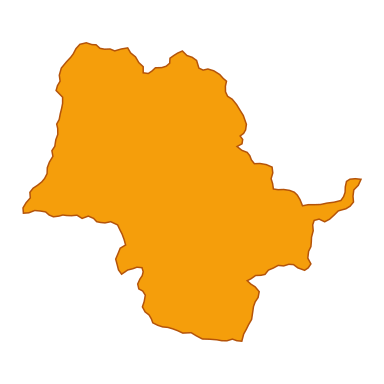 Miradouro, Minas Gerais, Brazil (Mercator projection)
{"feature_id": "56859067B1408644769677", "entity_name": "Miradouro", "entity_type": "district", "adm_level": 2, "iso_a3": "BRA", "parent_name": "Brazil", "parent_adm1": "Minas Gerais", "projection": "mercator", "projection_center": [-42.39, -20.852], "detail": "fine", "context": "isolated", "style": "filled", "palette": "amber", "viewbox_px": 384, "rotation_deg": 0, "n_neighbors": 0, "source": "geoboundaries", "source_scale": "gbopen_adm2", "svg_char_len": 2726}
<svg xmlns="http://www.w3.org/2000/svg" viewBox="0 0 384 384"><path d="M66.5,61.8L61.3,68.1L59.3,75.2L60.1,81.2L57.5,85.6L56.1,90.5L59.8,94.3L62.6,97.2L62.6,103.4L61.7,108.1L60.3,113.7L59.2,119.5L56.7,124.1L57.7,128.5L57.8,134.4L55.8,139.8L54.8,146.3L51.9,150.7L52.9,156.3L49.4,162.1L47.3,167.7L47.1,173.6L44.6,178.5L41.8,181.9L37.5,185.3L33.1,188.2L29.9,192.3L30.3,197.9L26.1,202.7L23.0,207.9L23.4,213.2L28.8,212.8L34.7,210.5L40.3,211.0L45.6,211.9L49.1,215.0L53.4,216.8L58.9,216.1L62.8,215.0L66.6,215.5L71.4,215.7L77.0,215.2L82.1,218.4L88.3,216.1L93.6,218.4L96.7,221.7L100.7,222.5L105.0,222.9L110.7,221.7L117.6,224.9L120.0,230.0L122.1,234.1L124.1,239.5L125.6,245.0L120.2,248.2L118.5,252.5L115.7,259.1L117.3,265.2L118.5,269.9L121.6,274.2L127.7,270.0L132.9,268.7L136.9,267.2L142.0,267.7L143.2,271.7L142.2,275.7L139.9,279.1L137.7,284.0L138.8,288.9L142.7,291.0L145.3,295.2L144.2,301.5L142.4,306.9L145.1,311.9L149.1,315.0L151.4,319.0L152.8,322.8L157.8,325.3L162.6,326.9L167.9,327.4L172.9,328.9L177.7,330.7L182.8,333.1L186.8,332.9L191.2,332.7L196.3,335.8L202.4,339.0L209.5,339.2L217.0,339.8L221.7,340.7L226.9,340.8L232.4,339.1L236.8,340.7L241.8,341.2L243.7,334.0L246.3,329.3L248.5,324.8L251.6,319.4L252.7,312.1L253.5,306.5L255.2,301.8L258.1,297.5L259.2,291.7L255.2,286.9L250.7,284.0L247.2,280.7L250.8,278.9L255.6,275.5L260.9,275.3L265.0,274.4L268.4,270.1L273.2,268.1L278.2,265.4L283.7,265.9L288.8,264.3L293.5,264.6L297.9,267.9L304.6,270.3L308.2,267.9L310.9,263.9L307.8,258.1L308.6,251.3L310.9,246.6L311.3,242.1L311.5,237.2L313.2,230.8L312.7,224.8L314.2,220.4L319.1,219.1L324.7,221.8L329.6,219.2L334.2,215.0L338.3,210.9L342.1,209.8L345.9,208.8L350.1,206.2L353.5,202.0L353.0,196.2L353.8,189.9L358.3,185.3L361.0,179.3L355.3,178.7L349.9,179.2L346.5,181.4L345.3,186.8L345.1,192.3L343.6,196.6L340.9,200.5L334.1,202.2L327.0,203.1L320.6,204.5L314.6,204.7L308.2,204.7L302.5,205.8L300.0,199.6L297.3,195.1L294.3,192.2L289.6,190.4L283.7,189.5L278.1,189.7L273.4,189.0L272.6,183.6L271.1,178.7L272.8,172.9L272.1,167.1L266.3,164.6L260.0,163.5L254.4,163.7L251.4,159.9L249.8,155.7L247.2,152.4L241.8,150.3L237.0,146.5L242.0,143.8L242.7,139.5L240.1,136.0L243.6,133.4L245.6,129.9L246.4,124.3L243.3,115.5L240.1,110.4L236.6,104.6L232.2,99.2L227.6,96.3L225.5,91.8L225.4,86.2L226.5,81.2L223.2,78.4L219.7,74.5L213.8,70.8L207.9,69.0L203.1,70.1L198.9,68.1L196.6,60.5L192.2,57.3L186.9,55.5L182.4,51.0L177.6,53.1L173.8,55.5L170.0,58.2L169.7,63.2L166.2,66.2L161.8,67.6L155.4,67.8L152.0,71.0L148.3,73.5L143.2,72.8L143.2,66.7L138.8,62.6L135.5,56.9L130.6,52.9L127.7,47.9L121.2,49.0L114.7,50.9L110.1,49.0L104.6,49.2L99.9,48.3L96.1,44.8L91.9,44.6L86.3,42.8L79.9,44.3L76.0,48.6L73.2,54.0L70.8,57.2L66.5,61.8Z" fill="#f59e0b" stroke="#b45309" stroke-width="1.5"/></svg>